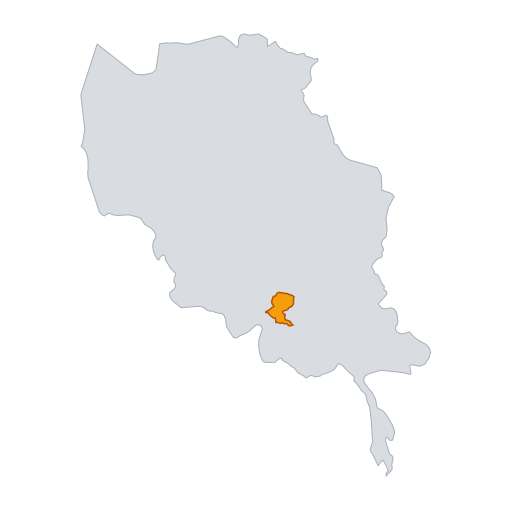 location of Kabul within Afghanistan, rotated 89°
{"feature_id": "AFG-1767", "entity_name": "Kabul", "entity_type": "Province", "adm_level": 1, "iso_a3": "AFG", "parent_name": "Afghanistan", "parent_adm1": "", "projection": "natural_earth1", "projection_center": [69.432, 34.519], "detail": "fine", "context": "in_parent", "style": "filled", "palette": "amber", "viewbox_px": 512, "rotation_deg": 89, "n_neighbors": 0, "source": "natural_earth", "source_scale": "10m", "svg_char_len": 5361}
<svg xmlns="http://www.w3.org/2000/svg" viewBox="0 0 512 512"><g transform="rotate(89 256 256)"><path d="M220.6,125.4L231.5,124.4L238.9,125.7L242.7,129.5L246.5,130.5L250.3,128.7L252.6,128.3L253.5,129.5L255.3,130.0L258.2,129.8L259.8,130.9L260.2,133.2L262.3,136.0L266.0,139.6L269.4,140.4L273.8,137.7L275.3,138.0L276.0,137.1L276.5,135.1L279.2,133.3L284.1,131.5L286.9,129.9L287.8,128.7L289.5,128.3L291.3,128.7L292.6,128.2L293.5,126.4L295.3,125.8L296.8,126.1L303.5,132.5L306.1,134.4L307.3,134.0L310.7,130.6L311.1,127.4L310.2,123.3L310.8,120.0L313.0,117.4L317.1,115.9L323.1,115.3L326.7,115.6L328.1,116.9L329.9,117.7L332.2,117.8L334.3,116.3L336.2,113.2L336.3,109.4L334.6,104.8L335.1,103.3L338.1,101.0L341.3,97.6L344.3,93.1L347.3,87.7L350.9,84.4L355.3,83.1L360.5,84.6L366.8,88.8L369.1,94.0L367.7,100.1L367.6,103.5L368.8,104.2L375.9,103.0L376.8,103.9L376.8,105.6L375.8,108.2L374.5,115.5L372.5,133.6L375.5,144.4L377.6,148.7L379.7,150.0L381.8,150.5L383.9,150.1L388.2,147.4L394.6,142.3L400.9,139.1L410.0,137.4L413.0,131.9L417.2,128.3L426.8,122.9L432.0,120.9L435.0,120.5L442.4,122.6L442.8,124.2L442.3,125.9L440.2,127.4L439.6,128.5L440.4,129.4L443.3,129.7L456.1,125.9L458.9,122.7L461.6,122.6L467.0,123.9L471.1,123.5L473.3,124.9L478.3,129.7L476.7,129.9L474.5,129.0L473.2,127.4L468.1,129.5L462.5,132.5L462.6,133.3L467.7,137.6L457.2,142.4L452.4,145.1L451.3,145.2L444.1,142.7L424.1,143.5L409.0,145.0L403.2,147.4L397.6,148.6L394.8,149.9L392.9,152.4L384.6,158.1L383.1,160.1L378.4,159.9L373.6,165.4L366.6,171.9L365.1,175.0L366.2,176.6L370.0,178.9L371.7,181.1L374.4,187.5L375.5,191.9L377.1,193.9L378.0,199.1L376.4,202.2L376.4,203.7L378.7,207.7L378.1,209.0L376.4,210.8L373.7,216.0L368.7,219.7L366.6,223.1L363.2,226.8L361.7,230.0L360.2,231.7L358.6,232.6L359.0,234.3L360.4,236.4L362.7,238.8L362.6,248.3L361.4,251.0L355.1,253.6L349.1,254.7L341.7,254.8L338.9,254.3L328.6,250.9L325.4,252.6L324.7,256.8L330.6,263.6L333.0,267.3L335.6,273.7L337.7,276.9L336.9,280.0L326.4,286.7L319.6,287.4L315.4,288.6L313.4,290.3L311.8,297.4L310.3,300.0L310.4,303.2L308.9,306.7L306.8,309.0L305.2,312.7L306.4,331.7L300.3,339.2L296.9,341.9L293.6,343.2L290.9,342.7L287.5,338.4L285.1,336.8L282.7,337.1L280.3,338.6L276.5,338.1L273.2,336.6L271.5,336.8L270.5,338.3L267.0,341.5L258.3,346.5L254.8,346.9L253.3,348.1L253.9,350.1L255.4,351.8L258.1,353.0L258.2,354.3L253.8,356.8L249.3,358.5L244.1,359.1L238.7,358.2L236.0,356.0L232.8,355.8L229.8,357.4L226.7,360.0L222.4,366.7L216.2,370.8L214.6,375.0L212.6,382.4L213.1,393.4L212.3,398.3L210.9,401.5L211.2,404.0L213.3,406.9L212.4,408.7L210.6,410.8L208.9,411.9L174.8,422.5L169.3,422.8L166.4,422.3L156.8,422.3L152.8,423.1L148.7,424.5L145.8,426.3L143.4,428.9L139.4,427.4L126.8,424.9L92.4,428.3L89.2,427.6L41.4,411.1L71.7,373.9L72.6,370.8L72.8,364.7L71.1,356.5L68.2,352.8L42.1,348.5L41.3,342.2L41.8,339.4L41.4,333.9L41.6,329.7L42.9,322.8L43.0,319.7L35.4,288.8L35.5,285.8L40.5,278.7L46.9,271.7L46.6,270.5L43.5,269.7L38.8,269.6L36.3,268.6L34.4,266.6L33.7,263.9L35.1,258.9L34.1,249.2L39.1,241.1L46.8,240.7L43.0,234.7L42.2,234.1L41.9,233.1L42.4,232.1L44.3,231.7L49.0,227.9L49.3,225.8L53.2,220.2L53.0,217.7L55.6,211.1L54.4,206.7L54.2,204.3L57.0,202.8L58.9,196.6L59.9,195.1L60.1,193.6L59.5,191.1L62.1,190.7L64.4,193.9L68.0,197.2L70.4,198.2L73.5,198.7L80.2,197.6L81.6,197.8L88.6,203.6L89.7,205.2L90.3,207.5L91.4,208.2L93.9,205.9L96.2,205.1L100.8,205.8L103.2,205.0L114.7,197.7L115.6,193.0L116.8,190.4L118.3,188.8L116.6,183.5L117.2,182.4L118.8,182.0L122.5,182.0L139.9,176.1L144.4,176.1L145.4,175.6L145.7,174.0L147.0,172.3L155.3,168.0L160.0,163.6L161.8,160.3L169.8,133.5L174.0,131.1L178.3,129.4L192.5,128.9L195.3,120.7L196.6,118.7L199.1,116.8L209.5,122.7L220.6,125.4Z" fill="#d9dde1" stroke="#a8b0b8" stroke-width="1"/><path d="M325.6,220.3L326.5,223.1L326.5,223.5L326.5,224.1L326.3,224.4L326.0,224.7L324.8,225.8L324.4,226.4L324.2,226.8L324.2,227.2L324.2,227.8L324.1,229.4L324.0,229.7L323.9,229.9L323.3,230.5L323.3,231.4L323.8,232.6L323.7,233.0L323.5,233.6L323.3,234.1L323.0,234.9L322.9,235.4L322.8,236.0L322.8,236.3L322.9,237.2L319.4,237.6L318.3,237.9L318.3,238.1L318.3,238.3L318.5,238.8L318.5,239.0L318.4,239.3L318.2,239.7L316.9,241.4L315.0,243.4L313.5,244.6L313.0,244.8L312.8,245.0L312.7,245.1L312.6,245.4L312.9,246.8L312.5,247.3L312.3,247.4L312.1,247.4L311.5,246.2L310.8,245.3L310.6,244.9L310.4,244.4L310.3,244.1L310.2,243.7L309.9,243.4L309.0,242.1L308.4,241.6L308.0,241.2L307.6,240.7L306.9,239.2L306.5,239.0L304.0,240.7L303.8,240.9L303.6,241.0L303.4,241.0L302.9,240.8L302.4,240.9L301.9,241.1L301.4,241.1L296.9,239.5L296.7,239.0L296.2,237.1L295.1,236.3L294.9,236.2L293.9,235.9L293.7,235.8L293.6,235.7L293.5,235.4L293.3,234.9L293.2,234.6L293.1,234.4L292.9,234.1L292.9,233.6L292.9,232.6L293.3,231.3L293.2,230.4L293.6,229.1L294.0,227.6L293.9,226.0L294.6,224.3L295.0,224.0L295.1,223.4L296.0,220.7L297.2,218.8L297.3,218.7L299.5,219.3L300.0,219.2L302.8,219.4L303.7,219.2L304.3,219.3L304.9,219.6L305.4,220.0L305.8,220.3L307.1,221.1L307.3,222.1L308.3,223.8L308.6,224.3L308.9,224.6L309.5,224.7L310.0,225.2L310.8,227.0L311.2,228.7L311.7,230.3L312.3,230.4L313.6,230.0L314.0,229.7L314.4,229.3L314.5,228.9L314.6,228.5L314.8,228.0L315.1,227.8L315.4,227.8L316.5,228.1L317.2,228.5L317.5,228.5L319.2,228.0L320.1,228.0L320.3,227.8L320.4,227.4L320.5,226.9L321.9,223.2L322.5,222.7L323.9,222.0L324.3,221.8L324.6,221.6L324.9,221.0L325.6,220.3Z" fill="#f59e0b" stroke="#b45309" stroke-width="1.5"/></g></svg>